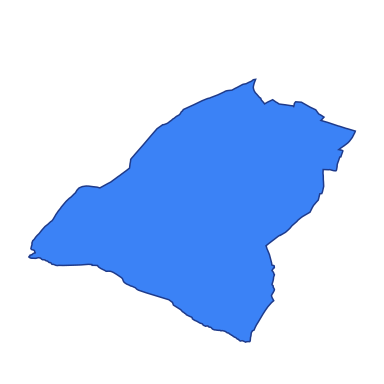 Sandulesti, Cluj, Romania (orthographic projection), rotated 18°
{"feature_id": "2599482B43869878211942", "entity_name": "Sandulesti", "entity_type": "district", "adm_level": 2, "iso_a3": "ROU", "parent_name": "Romania", "parent_adm1": "Cluj", "projection": "orthographic", "projection_center": [23.724, 46.589], "detail": "fine", "context": "isolated", "style": "filled", "palette": "blue", "viewbox_px": 384, "rotation_deg": 18, "n_neighbors": 0, "source": "geoboundaries", "source_scale": "gbopen_adm2", "svg_char_len": 5934}
<svg xmlns="http://www.w3.org/2000/svg" viewBox="0 0 384 384"><g transform="rotate(18 192 192)"><path d="M56.9,304.2L57.7,304.5L58.5,304.7L59.7,304.6L62.1,303.9L63.6,303.5L64.4,303.1L66.0,302.0L66.7,301.8L68.4,301.7L69.0,302.0L69.7,302.4L70.5,302.5L71.0,302.6L71.9,302.2L72.6,302.1L73.5,302.2L74.2,302.5L74.8,302.5L75.3,302.4L76.0,302.4L77.9,303.2L78.2,303.2L78.7,303.0L79.4,302.9L80.1,303.3L80.9,303.9L81.4,304.0L82.7,303.6L85.3,303.8L86.9,303.5L88.0,302.9L92.1,301.7L105.0,297.1L108.8,295.7L115.8,292.8L119.2,291.9L119.6,292.6L122.2,291.8L124.9,291.1L125.5,291.7L126.6,292.3L129.2,293.0L133.6,293.6L134.6,293.9L135.3,293.8L136.8,293.2L137.8,292.9L139.2,292.6L140.2,292.6L142.1,292.8L145.6,293.6L149.5,294.7L151.5,295.3L152.0,295.6L152.7,296.0L153.4,296.9L153.9,297.5L154.7,298.4L155.5,298.9L156.6,299.3L158.5,299.8L160.3,299.9L162.6,300.3L164.3,300.2L165.3,300.3L166.7,300.5L167.6,300.5L169.5,301.5L171.4,301.9L179.8,302.0L203.3,301.6L207.6,303.1L209.3,305.3L217.6,307.4L219.8,308.7L220.8,309.0L221.3,309.0L222.4,309.6L223.3,309.7L223.9,310.0L224.4,310.4L225.0,310.6L225.6,310.6L226.7,310.8L229.3,311.1L230.2,311.1L230.9,311.4L231.0,311.6L231.6,312.5L232.6,312.8L233.1,313.0L233.9,313.1L234.4,313.3L235.0,313.2L235.8,313.4L236.4,313.4L240.1,314.2L242.6,314.2L242.9,314.4L243.7,315.1L244.0,315.1L244.3,315.2L244.6,315.3L245.7,315.3L246.1,315.5L246.4,315.5L246.6,315.4L247.5,314.8L248.6,314.5L248.8,314.6L249.2,315.0L249.4,315.1L250.6,315.1L251.2,314.9L251.7,314.9L252.0,315.0L253.8,316.0L254.2,316.1L255.9,316.2L257.1,315.9L258.4,315.7L260.7,315.2L261.2,314.9L261.4,314.9L262.5,315.1L263.2,314.6L264.1,314.4L265.8,314.3L266.4,314.3L268.2,314.7L268.8,315.0L269.4,315.0L270.2,314.8L270.4,314.9L270.7,314.9L271.5,315.4L272.9,315.6L273.5,315.9L273.8,316.0L274.6,316.0L276.0,316.6L277.5,316.9L278.5,316.9L279.7,317.4L280.6,317.9L281.5,317.7L282.2,318.1L282.4,318.3L283.0,318.4L283.5,318.7L283.8,318.8L284.3,318.7L285.2,318.1L285.7,317.9L287.0,317.9L289.5,318.2L289.9,317.7L290.4,317.4L291.0,317.2L291.6,316.9L292.1,316.8L292.8,316.5L293.1,316.5L293.3,316.1L293.3,315.2L292.6,312.3L292.5,310.5L292.0,308.2L291.9,307.1L292.3,306.1L292.3,305.3L292.4,305.2L292.7,305.0L293.5,304.4L293.7,304.1L293.9,301.6L294.3,298.8L295.1,295.5L296.1,291.1L297.2,286.2L298.3,282.0L299.1,279.4L299.6,277.7L301.8,272.6L303.3,270.1L300.9,267.8L300.0,266.7L299.6,266.0L299.7,264.8L300.0,263.3L300.2,262.9L300.3,262.5L300.3,261.8L300.5,261.3L300.5,260.7L300.6,260.3L300.6,259.8L300.4,259.0L300.0,258.7L299.6,258.2L298.8,257.6L298.6,257.2L298.2,256.2L297.8,255.9L297.0,255.6L296.8,255.4L296.7,255.2L296.6,254.5L296.6,252.4L296.5,251.0L296.3,249.4L295.9,247.7L296.0,245.5L295.9,245.1L295.8,244.9L295.4,244.9L294.5,243.5L294.0,243.1L293.4,242.6L292.3,242.0L292.3,241.7L292.6,241.1L293.0,239.3L293.1,239.1L293.6,238.9L293.7,238.5L293.5,238.1L293.1,237.0L292.9,236.8L292.6,236.7L290.6,236.8L290.4,236.6L289.7,235.0L287.6,231.7L284.9,227.5L281.9,224.0L280.3,222.2L280.1,221.6L279.0,220.3L281.0,217.2L287.8,207.3L288.9,206.1L290.2,204.9L290.2,205.0L293.4,201.4L295.0,198.7L296.3,196.3L297.5,193.2L300.8,187.7L301.5,186.0L303.4,183.0L304.7,181.2L310.5,174.7L310.6,173.9L311.2,169.8L311.7,167.3L313.4,163.2L314.6,160.6L314.1,154.2L315.9,153.4L316.0,151.6L315.5,145.9L313.9,141.7L313.0,139.5L311.9,136.2L310.8,133.7L309.8,130.1L311.2,129.7L312.9,129.2L315.1,128.6L315.9,128.2L316.4,128.1L319.3,128.0L320.4,127.9L322.3,127.4L322.5,127.0L322.6,126.5L322.6,126.1L322.2,123.3L322.1,122.8L321.9,122.2L321.6,120.7L321.6,120.0L321.7,116.4L321.7,114.4L321.8,113.0L322.7,112.6L322.7,110.5L322.8,106.9L322.8,106.4L322.6,106.1L321.3,106.0L320.5,106.0L320.1,106.3L319.1,106.2L318.5,106.3L319.4,104.9L323.1,100.0L325.0,97.2L326.0,95.2L327.0,92.4L327.6,90.6L328.0,88.0L328.5,84.9L328.5,83.6L320.0,83.8L319.2,83.9L311.9,83.9L310.9,84.0L299.6,83.9L292.5,84.1L292.9,83.4L294.4,80.0L292.2,79.4L291.1,79.1L288.4,78.6L285.9,76.8L284.3,75.6L280.4,75.1L278.1,74.8L268.3,72.8L266.7,73.2L262.7,74.2L262.5,74.7L262.0,76.1L262.3,78.3L262.3,79.3L261.3,78.9L258.9,79.4L254.0,80.2L247.7,81.4L245.3,80.7L244.0,80.5L240.2,79.3L236.1,83.2L233.8,85.8L232.8,85.0L229.4,83.0L229.0,82.4L228.4,81.6L228.2,81.5L227.9,81.4L227.5,81.4L226.8,81.1L223.2,78.9L221.5,78.0L220.6,77.2L219.7,76.4L218.6,74.8L218.0,73.7L217.7,72.3L217.6,70.9L217.5,69.2L217.7,65.2L215.9,66.1L215.5,66.4L214.5,68.0L213.8,68.7L213.0,69.4L212.0,70.3L210.0,72.3L207.6,73.6L207.0,74.0L202.3,78.9L201.2,79.9L198.5,82.8L197.6,83.2L195.3,84.2L193.9,84.9L193.1,85.4L192.3,86.1L191.6,86.9L186.6,91.6L180.4,96.6L179.7,97.3L178.5,97.9L177.3,98.8L173.6,101.9L166.6,108.6L158.2,116.3L158.1,117.1L157.9,117.7L157.7,118.2L157.3,118.6L157.0,119.2L156.9,119.8L156.8,120.6L156.7,120.7L156.5,121.5L156.3,122.1L156.1,122.4L155.5,123.2L153.9,124.8L153.4,125.5L152.3,127.3L151.2,128.5L150.6,129.6L150.2,130.3L149.2,131.6L148.1,133.3L147.4,134.2L147.0,134.6L145.0,136.2L144.3,136.7L143.4,137.0L142.5,138.2L139.2,142.6L135.4,151.6L131.1,162.1L126.0,174.0L125.4,175.6L124.4,177.8L123.6,179.9L123.9,181.0L124.2,182.8L124.3,183.9L125.2,188.6L122.4,192.7L119.5,196.7L118.5,198.2L116.8,200.4L115.9,201.7L112.8,206.0L112.1,207.0L111.8,207.4L111.5,207.8L109.5,209.8L104.6,215.0L103.1,216.6L100.3,216.7L96.4,217.5L93.1,218.1L91.6,218.4L89.9,218.9L89.1,219.2L86.1,220.7L85.0,221.6L83.3,223.1L82.9,224.0L82.3,225.1L81.8,226.8L81.4,228.8L80.9,229.6L80.4,230.5L79.1,233.1L78.5,234.2L77.2,236.0L75.2,239.7L74.2,242.1L72.2,247.1L72.1,247.8L70.7,251.4L70.2,253.2L69.5,255.5L69.1,257.6L68.3,261.1L67.6,262.9L66.8,263.8L65.0,267.1L62.9,270.2L62.2,271.8L60.9,274.8L59.5,278.7L58.2,281.1L57.3,283.2L56.5,285.9L55.6,287.5L55.5,290.1L55.8,290.5L56.0,291.0L56.1,293.6L56.3,295.7L57.2,296.3L59.1,296.2L59.6,296.2L60.0,296.4L60.4,296.6L60.7,297.0L61.1,297.8L61.7,298.2L61.7,298.4L60.7,299.0L60.0,299.5L59.1,301.2L58.7,301.2L58.4,301.4L58.2,301.8L57.9,302.0L57.5,302.1L57.4,302.5L57.6,303.0L57.5,303.3L57.0,303.6L56.9,304.2Z" fill="#3b82f6" stroke="#1e3a8a" stroke-width="1.5"/></g></svg>